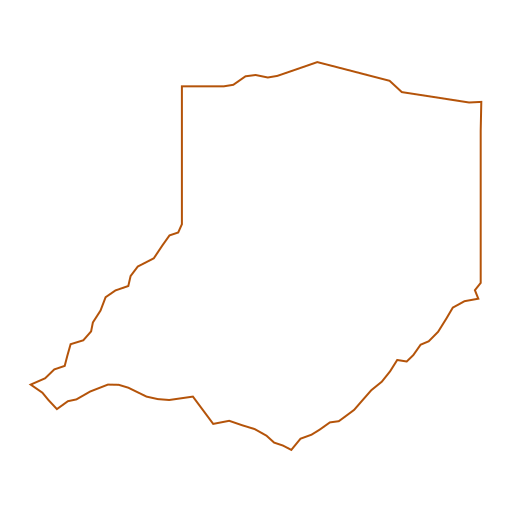 Nova Aliança do Ivaí, Paraná, Brazil (Mercator projection)
{"feature_id": "56859067B91181868045334", "entity_name": "Nova Aliança do Ivaí", "entity_type": "district", "adm_level": 2, "iso_a3": "BRA", "parent_name": "Brazil", "parent_adm1": "Paraná", "projection": "mercator", "projection_center": [-52.628, -23.171], "detail": "fine", "context": "isolated", "style": "outline", "palette": "amber", "viewbox_px": 512, "rotation_deg": 0, "n_neighbors": 0, "source": "geoboundaries", "source_scale": "gbopen_adm2", "svg_char_len": 1060}
<svg xmlns="http://www.w3.org/2000/svg" viewBox="0 0 512 512"><path d="M30.7,384.6L42.4,392.7L48.4,400.0L56.9,409.1L67.9,401.2L76.4,399.4L90.2,391.5L107.9,384.6L118.7,384.8L128.3,387.7L146.5,396.6L157.8,399.1L169.2,400.0L192.9,396.6L213.2,423.9L229.2,420.8L242.3,425.3L254.7,429.1L266.5,435.7L274.1,442.6L282.8,445.5L291.3,449.9L300.5,438.7L311.5,434.7L319.6,429.7L329.9,422.4L338.8,421.2L346.7,415.4L354.2,409.8L360.0,403.1L371.3,390.2L381.8,381.7L390.1,371.3L397.2,360.0L406.7,361.5L413.3,355.1L420.6,344.7L428.7,341.3L438.1,331.8L446.4,318.5L452.8,307.6L464.5,301.2L478.3,298.7L474.9,290.2L480.7,282.9L480.7,149.9L480.7,130.6L481.3,101.9L469.1,102.5L401.8,92.1L389.6,80.8L317.3,62.1L277.3,75.9L267.8,77.5L255.6,75.0L245.5,76.3L233.3,84.8L224.0,86.3L194.1,86.3L181.9,86.3L181.9,224.2L178.2,232.5L169.5,235.4L162.4,245.4L153.8,258.3L137.8,266.5L130.6,276.0L128.3,286.0L115.5,290.4L105.6,297.2L100.5,310.6L92.9,322.4L91.1,331.4L83.3,340.3L70.6,344.2L67.4,355.5L64.7,365.9L54.3,369.4L45.1,378.3L30.7,384.6Z" fill="none" stroke="#b45309" stroke-width="2"/></svg>